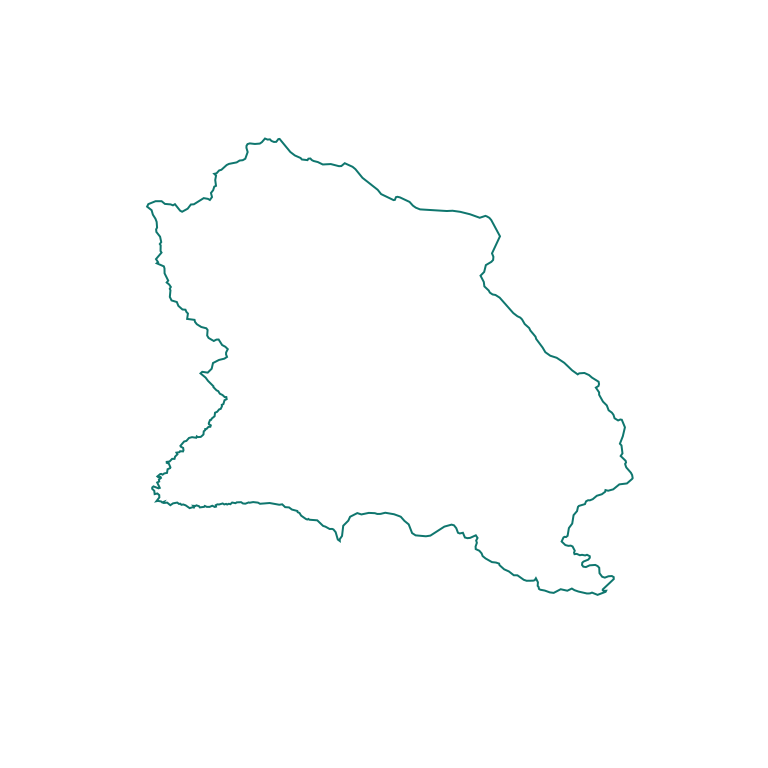 the district of Nqoe, Butha-Buthe, Lesotho, rotated 292°
{"feature_id": "5366337B84603329335542", "entity_name": "Nqoe", "entity_type": "district", "adm_level": 2, "iso_a3": "LSO", "parent_name": "Lesotho", "parent_adm1": "Butha-Buthe", "projection": "equal_earth", "projection_center": [28.538, -28.865], "detail": "fine", "context": "isolated", "style": "outline", "palette": "teal", "viewbox_px": 768, "rotation_deg": 292, "n_neighbors": 0, "source": "geoboundaries", "source_scale": "gbopen_adm2", "svg_char_len": 6164}
<svg xmlns="http://www.w3.org/2000/svg" viewBox="0 0 768 768"><g transform="rotate(292 384 384)"><path d="M564.4,436.2L576.2,422.0L577.5,419.5L577.9,416.8L577.9,415.1L574.0,410.5L573.6,400.1L572.2,390.2L570.3,382.6L567.9,377.4L559.4,352.0L559.4,347.4L560.2,344.0L562.4,339.5L563.0,328.9L562.6,326.3L561.7,325.1L558.8,325.1L558.1,324.0L559.0,310.2L561.7,305.4L567.1,286.8L572.5,277.0L573.6,273.5L574.0,264.9L570.1,262.8L569.1,260.7L568.0,252.3L564.6,245.0L565.0,239.5L564.4,235.2L564.6,233.1L565.5,231.3L564.6,229.5L562.9,229.2L561.4,223.7L562.3,222.0L562.5,215.8L564.0,210.3L572.1,195.4L571.5,194.3L568.2,193.4L567.2,191.3L567.2,188.6L568.1,186.6L567.0,184.5L567.0,181.7L562.5,180.2L560.4,178.8L558.2,174.4L556.8,169.4L555.3,167.6L553.3,167.3L551.4,168.0L548.0,170.7L540.9,171.0L538.6,169.2L537.1,166.4L534.3,164.4L530.0,157.8L528.1,156.1L521.7,153.0L520.2,151.1L516.6,149.8L515.3,147.9L514.3,150.2L509.9,151.1L504.8,154.0L503.4,152.7L499.7,153.0L496.3,152.0L492.9,154.5L489.4,153.6L489.7,151.4L488.8,147.2L479.4,140.4L478.1,137.7L473.0,136.3L468.1,132.3L468.3,130.1L472.4,122.8L470.6,121.4L470.6,118.9L468.9,113.4L470.2,109.3L467.9,103.7L462.5,98.1L459.7,97.9L458.1,103.4L454.4,106.3L451.6,110.2L449.1,112.5L444.0,115.0L442.0,114.8L439.7,116.0L436.7,121.2L432.1,124.3L429.8,123.7L428.9,125.0L423.6,127.0L422.5,128.5L414.4,125.8L412.3,128.9L410.8,128.1L410.6,135.8L408.9,137.2L404.4,139.1L399.0,145.2L396.7,144.5L395.8,147.5L394.1,150.0L392.0,149.7L390.9,150.9L384.5,152.8L381.9,155.7L382.4,161.2L379.4,164.1L377.6,169.2L378.5,172.1L376.8,173.8L375.9,175.8L370.6,177.1L372.5,184.3L370.8,185.5L369.3,188.1L368.4,193.2L369.1,198.4L368.0,200.2L362.7,201.9L361.0,204.1L360.1,210.0L362.4,212.0L363.3,214.0L359.5,219.3L359.1,222.9L357.8,226.1L354.1,225.8L352.2,226.5L350.3,228.3L347.7,226.5L344.5,222.0L339.4,217.6L333.6,218.5L328.5,216.3L327.2,210.9L325.1,209.9L323.1,216.2L321.0,219.6L318.0,226.7L317.2,227.0L315.4,231.1L315.3,233.0L313.5,235.4L313.3,238.4L312.2,241.2L312.8,242.7L311.0,243.8L309.2,242.2L305.2,242.6L303.9,241.4L302.6,242.1L299.7,241.9L298.8,240.7L295.7,239.7L294.1,238.1L290.6,239.0L287.4,237.2L286.1,237.2L285.4,236.2L282.0,236.2L281.2,236.7L280.8,238.9L279.3,239.0L278.5,237.3L275.9,236.3L275.2,235.1L274.2,235.5L272.6,234.6L269.6,235.5L268.6,235.1L266.3,233.9L265.0,231.2L265.3,230.0L263.8,230.0L262.8,225.9L260.9,223.4L257.2,222.1L255.8,220.2L250.4,218.4L249.8,219.0L249.5,221.7L247.5,222.9L246.2,222.9L245.3,220.1L244.2,219.9L242.6,217.3L241.4,218.8L238.4,217.5L236.1,217.8L235.2,215.6L231.8,214.2L230.4,211.7L229.5,212.1L229.6,214.3L226.7,217.2L225.9,217.2L223.9,215.3L220.3,216.1L218.8,213.8L217.0,212.7L217.2,211.2L216.7,210.3L213.4,208.5L213.0,209.7L214.1,211.6L213.4,212.4L211.0,211.1L209.4,212.1L207.7,210.6L203.7,215.0L202.8,214.0L202.7,208.6L201.3,207.9L200.0,208.3L198.9,211.0L196.0,212.6L197.6,214.9L196.8,217.2L194.7,218.2L190.1,216.9L190.9,218.1L191.6,221.3L191.1,222.7L192.3,224.0L191.2,223.7L191.2,224.4L192.8,227.4L191.6,231.3L194.3,233.1L196.6,236.7L196.0,238.9L196.7,240.0L196.1,241.4L197.1,243.0L197.2,245.5L196.1,250.3L198.2,252.9L198.2,254.0L199.3,254.1L199.7,253.1L200.3,254.9L201.2,255.5L201.4,258.2L200.6,259.5L202.7,263.2L203.8,263.5L203.7,265.7L204.7,268.3L206.8,270.4L206.6,273.1L207.4,274.2L208.6,273.4L210.0,274.6L210.5,276.2L212.8,279.2L212.5,281.0L213.7,282.5L213.5,283.7L214.8,285.0L215.0,286.6L217.2,287.6L217.9,291.0L219.1,291.8L220.9,295.8L220.4,298.0L221.1,300.3L223.5,302.9L223.6,303.9L225.5,306.9L226.8,311.6L226.5,313.9L230.8,322.5L232.8,332.1L234.3,334.7L232.8,338.5L234.0,342.2L233.1,345.6L233.8,351.2L232.8,352.0L232.8,353.9L230.9,356.5L229.6,362.1L229.6,363.6L230.6,364.5L230.2,365.6L232.6,373.2L229.6,380.7L229.8,383.1L229.2,387.9L230.2,390.2L230.2,391.6L228.5,394.7L222.5,399.4L221.9,401.8L223.4,401.1L227.4,402.0L237.3,399.3L243.9,402.1L248.2,402.3L254.3,407.6L254.6,411.9L258.8,418.2L260.8,423.9L261.0,426.5L262.3,429.5L265.1,433.4L267.0,442.1L267.2,447.4L267.2,449.3L264.7,454.3L263.1,459.5L256.3,465.9L255.5,470.0L258.5,479.9L260.8,483.8L274.4,493.4L278.9,499.3L279.2,501.8L277.4,505.0L273.8,508.3L273.8,510.2L275.6,512.9L272.0,516.5L272.3,519.1L273.6,521.5L278.1,525.8L276.3,528.4L273.4,528.1L271.5,529.6L267.6,529.8L265.3,530.9L265.1,534.9L263.5,538.0L261.4,539.9L260.3,543.5L259.3,550.8L260.4,554.7L260.6,558.0L259.3,559.0L257.2,564.8L257.0,570.0L255.3,576.0L256.6,579.4L254.8,587.0L255.0,590.0L257.5,595.9L258.5,597.2L260.8,597.6L257.8,601.0L254.4,602.1L253.7,603.4L252.1,604.4L251.8,605.9L252.7,610.4L252.9,615.8L253.9,619.6L259.9,624.7L261.0,631.4L264.7,634.8L264.2,637.8L264.4,642.0L265.8,650.7L267.0,653.4L268.5,655.0L268.5,661.0L274.3,667.3L275.5,667.4L274.5,665.3L274.7,664.1L275.5,663.8L289.2,670.1L291.0,669.3L291.3,667.2L289.8,664.1L287.2,661.3L287.0,658.5L289.3,654.7L294.2,652.4L295.2,650.3L295.4,647.7L292.9,642.6L289.9,639.8L289.3,637.2L290.4,635.4L292.6,634.8L294.1,635.5L297.7,639.2L300.0,639.9L301.4,639.3L301.7,636.2L300.4,634.7L299.8,631.6L298.6,629.7L298.7,626.3L297.6,624.4L298.8,623.4L300.9,623.3L304.0,619.7L304.1,617.7L303.0,615.6L302.6,612.5L304.5,607.7L308.9,607.9L309.9,608.6L310.3,610.1L312.0,611.1L319.7,609.4L325.1,610.8L333.4,608.9L338.5,610.6L342.7,609.9L344.0,610.4L347.9,615.3L350.9,615.3L352.6,616.7L353.3,618.5L355.4,620.7L360.1,623.2L363.4,627.3L366.9,629.4L368.6,629.1L369.0,631.8L372.2,636.0L379.1,639.8L382.8,646.5L389.1,649.7L389.9,649.8L392.5,648.2L394.2,646.2L397.4,639.9L398.5,638.9L400.2,637.5L401.9,637.8L403.3,636.8L405.9,630.4L409.0,631.1L416.0,627.2L417.0,625.1L425.0,625.0L434.1,623.6L439.9,617.9L439.6,616.4L437.9,614.7L438.6,610.6L441.4,608.3L442.8,606.0L443.8,602.1L447.6,598.6L449.7,593.6L454.6,587.5L456.8,586.6L460.0,581.8L462.5,583.6L464.5,583.4L466.5,582.1L467.8,574.6L469.1,570.7L469.3,565.7L467.0,561.0L465.5,560.0L467.1,553.4L471.2,543.1L473.0,534.3L472.5,527.6L473.9,521.7L477.2,517.4L482.8,508.2L484.6,506.8L488.4,499.7L490.3,497.6L492.3,492.0L495.6,487.8L496.6,485.5L496.8,482.3L498.2,477.3L507.4,458.9L508.3,454.0L507.7,451.1L508.4,447.9L509.9,446.1L512.1,440.5L516.0,438.3L520.6,432.9L525.4,434.9L532.4,433.9L537.5,437.8L539.9,438.7L542.9,437.8L545.6,435.2L564.4,436.2Z" fill="none" stroke="#0f766e" stroke-width="2"/></g></svg>